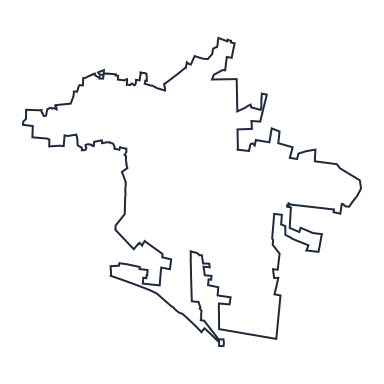 Tixkokob, Yucatán, Mexico
{"feature_id": "50627088B39788143145852", "entity_name": "Tixkokob", "entity_type": "district", "adm_level": 2, "iso_a3": "MEX", "parent_name": "Mexico", "parent_adm1": "Yucatán", "projection": "natural_earth1", "projection_center": [-89.387, 20.975], "detail": "fine", "context": "isolated", "style": "outline", "palette": "slate", "viewbox_px": 384, "rotation_deg": 0, "n_neighbors": 0, "source": "geoboundaries", "source_scale": "gbopen_adm2", "svg_char_len": 5811}
<svg xmlns="http://www.w3.org/2000/svg" viewBox="0 0 384 384"><path d="M248.7,334.2L276.3,338.9L280.5,295.5L274.5,294.3L274.7,293.3L276.5,286.1L278.3,277.9L277.1,277.8L274.1,278.0L273.0,269.2L277.7,269.7L279.6,253.7L272.7,244.8L273.1,240.5L272.8,239.6L272.2,238.5L272.7,232.0L273.6,221.5L274.2,213.9L281.9,214.8L281.1,224.4L285.3,226.1L285.4,234.9L290.7,237.5L292.0,238.6L293.7,239.4L308.4,245.3L308.1,246.1L307.5,247.9L306.4,250.5L308.0,250.6L313.2,251.3L318.5,251.8L320.4,242.1L321.2,237.3L321.9,234.1L319.9,233.9L312.5,233.0L312.5,232.9L312.0,232.6L300.6,227.8L299.3,232.0L289.7,227.9L290.9,207.4L287.1,206.7L287.3,204.9L288.8,205.1L288.7,203.4L291.0,204.6L334.0,209.5L333.5,212.2L340.3,213.7L341.8,204.0L342.8,204.1L345.7,206.4L349.2,206.7L352.3,202.1L355.0,198.6L356.4,197.0L357.0,196.2L360.7,189.2L360.9,188.7L361.0,187.9L359.8,180.3L339.8,168.2L338.9,166.8L336.8,164.2L314.8,161.3L315.4,149.6L306.2,151.2L298.4,153.6L297.1,159.0L289.8,157.9L292.7,147.3L284.6,145.0L278.3,143.2L279.2,134.9L279.5,131.5L271.7,128.4L269.4,142.3L256.9,140.2L256.9,140.3L255.9,140.0L254.7,145.5L252.6,143.4L250.7,144.1L250.0,145.4L249.9,146.4L249.0,151.0L237.6,149.7L237.9,147.9L237.5,129.4L251.9,128.9L251.5,121.0L260.2,121.6L266.8,94.8L266.8,94.6L261.8,93.6L261.7,96.0L261.6,97.2L261.4,99.2L261.3,107.5L260.9,109.1L260.6,109.9L251.1,107.3L251.1,106.3L250.6,104.6L247.3,106.2L245.3,107.7L237.3,111.4L236.9,90.6L236.8,85.3L236.8,84.4L236.7,79.1L212.0,79.5L213.8,74.8L219.0,72.0L222.4,70.1L222.8,70.1L225.2,70.3L226.0,63.4L226.1,62.7L226.8,57.0L231.7,57.8L234.6,43.3L230.9,42.4L230.9,42.2L231.0,40.8L229.1,40.4L227.7,39.7L227.3,41.3L220.1,38.6L218.5,37.9L217.9,40.6L217.6,44.5L217.3,45.9L217.1,46.9L216.5,46.9L216.3,47.3L215.3,47.5L213.8,48.5L213.2,48.6L213.1,49.5L212.8,50.1L212.8,50.5L212.6,51.1L212.6,51.7L212.6,52.1L212.4,52.6L212.4,53.5L212.2,54.1L207.7,59.1L203.0,58.7L197.7,57.1L194.6,56.1L190.9,64.5L188.9,64.0L186.9,62.3L185.8,67.9L185.3,67.8L177.0,74.5L174.6,76.3L168.1,81.3L166.6,82.3L165.9,82.9L165.4,83.2L164.8,83.7L164.1,84.0L165.0,88.5L165.0,90.5L157.1,88.2L152.5,85.7L151.0,85.6L144.7,83.7L145.3,80.6L146.9,80.8L146.7,76.2L146.4,73.8L146.3,73.6L144.6,73.0L144.3,72.9L143.9,73.1L141.2,72.6L140.4,72.5L140.8,74.0L140.5,74.9L140.3,75.2L139.7,80.3L136.0,79.9L136.1,81.0L135.9,81.5L135.7,83.6L134.6,85.3L133.4,84.6L132.8,84.3L132.5,84.1L132.1,83.6L131.7,83.5L130.5,84.8L130.3,85.0L129.8,84.9L127.6,84.8L126.8,84.9L126.9,82.5L127.0,82.4L127.0,81.0L127.0,79.2L126.0,79.4L125.4,79.8L124.9,80.0L124.6,80.2L124.1,80.4L121.6,80.0L117.8,79.6L118.1,75.8L115.7,75.5L115.8,74.3L107.2,73.6L107.2,73.8L103.7,73.4L103.9,70.1L101.0,71.2L98.1,72.4L99.8,74.7L103.6,74.9L103.1,78.6L99.5,78.6L99.5,76.9L98.3,77.1L97.4,76.8L96.2,75.9L95.0,75.3L94.8,73.6L94.2,73.8L93.7,74.1L92.9,74.1L92.6,74.5L91.7,74.8L90.8,75.3L90.4,75.5L90.1,75.7L89.7,75.8L88.8,76.0L86.4,77.4L84.6,78.1L83.2,78.2L82.9,85.4L80.7,85.3L79.7,85.1L79.0,85.8L78.6,86.9L78.2,87.7L78.0,88.8L77.7,89.7L77.1,91.7L73.9,91.5L73.5,96.2L70.7,103.6L61.2,104.6L55.3,105.2L55.4,106.2L56.2,107.0L56.5,107.9L56.6,109.4L54.3,108.2L52.3,108.7L51.4,107.8L49.5,108.1L48.8,108.7L47.5,109.1L46.8,111.6L46.1,115.6L45.1,115.9L43.8,116.0L42.7,113.8L42.3,112.8L42.0,112.8L41.3,110.9L41.5,110.1L39.8,110.3L26.1,109.8L26.0,118.9L23.3,121.6L23.0,124.8L32.8,126.1L32.4,137.3L47.3,138.6L49.4,139.6L49.2,146.4L59.9,145.7L63.7,146.1L64.6,135.4L67.9,136.0L76.2,134.6L77.0,137.1L77.0,137.5L77.2,138.4L77.3,139.0L77.3,139.5L77.6,140.4L77.4,142.1L77.6,144.5L78.0,145.5L79.0,146.2L80.1,146.8L81.6,147.4L82.0,149.2L81.9,150.3L85.1,150.0L86.2,148.9L86.3,147.5L85.6,146.5L85.5,146.2L85.6,144.8L87.3,144.4L88.5,144.2L89.0,144.5L89.4,144.4L91.1,144.7L91.5,144.8L91.9,145.6L92.7,145.9L93.7,146.1L93.7,145.2L94.1,144.3L94.0,143.8L94.2,141.8L101.8,140.4L102.0,143.2L107.3,142.2L109.0,142.6L109.4,142.3L109.8,142.2L111.1,143.1L111.5,143.2L112.2,143.3L113.3,144.0L114.7,147.0L114.3,148.7L114.4,148.9L114.9,148.9L117.4,149.3L118.4,149.4L119.4,149.8L120.1,147.2L121.4,147.7L122.4,147.8L122.6,147.9L123.5,148.1L124.1,148.3L125.4,148.6L126.3,148.6L126.3,149.7L126.4,150.7L126.3,152.0L125.0,154.5L124.6,154.9L125.4,155.7L126.1,156.4L125.9,158.4L126.0,159.0L125.9,160.3L125.9,160.7L126.5,163.1L126.2,163.9L126.4,164.3L126.7,165.2L126.9,166.8L127.4,168.1L121.9,171.9L125.6,181.7L125.8,181.9L125.6,183.5L125.7,184.0L125.8,185.1L125.3,188.5L125.3,192.6L125.6,193.3L125.2,197.1L124.8,211.3L124.7,214.1L119.2,221.1L116.7,224.1L115.6,225.5L115.5,227.4L115.7,228.0L115.3,229.7L127.3,242.4L133.8,249.2L138.4,243.7L138.8,244.1L139.8,242.9L142.1,245.5L142.2,245.1L144.7,241.0L146.0,242.1L160.1,252.2L162.5,254.0L162.3,257.3L171.2,259.4L169.9,269.2L161.3,267.6L160.8,271.6L159.7,285.4L142.8,283.6L143.3,277.8L146.3,278.2L146.5,275.5L147.2,275.4L147.6,270.1L145.4,269.7L139.5,269.1L139.8,267.0L127.3,264.3L119.4,263.2L119.0,265.7L110.6,266.2L111.1,274.4L110.7,275.8L125.5,281.0L137.0,285.2L149.5,290.0L156.8,293.5L171.4,306.3L172.8,306.9L175.1,309.4L175.3,309.6L178.6,312.3L179.9,312.9L182.5,313.9L185.3,316.3L196.2,326.6L198.2,328.7L201.5,332.1L203.3,329.7L204.5,328.3L207.7,331.2L219.0,342.1L219.1,342.9L219.1,346.0L220.5,346.1L223.6,345.9L223.9,342.8L223.5,339.3L219.1,339.3L219.1,340.0L204.1,320.7L200.8,320.2L201.0,318.2L201.3,317.2L201.1,314.9L201.4,311.7L201.5,310.6L199.7,308.5L200.5,307.2L200.0,306.2L199.0,303.6L198.6,302.0L193.3,301.5L191.8,301.3L191.5,291.8L191.0,274.1L191.0,271.8L190.7,259.7L190.8,257.8L190.7,251.3L192.2,251.8L193.9,252.2L197.2,253.0L197.8,253.6L199.6,255.3L200.9,255.2L201.9,255.3L203.1,263.5L209.2,263.6L209.7,267.3L203.5,266.7L204.8,275.3L207.8,275.5L211.5,275.9L211.2,279.7L208.6,279.4L208.3,282.7L208.0,285.1L218.3,287.2L217.6,295.4L218.5,295.5L219.9,295.8L230.6,297.3L229.6,304.4L219.0,303.5L218.8,307.2L219.0,312.4L219.1,329.1L248.7,334.2Z" fill="none" stroke="#1e293b" stroke-width="2"/></svg>